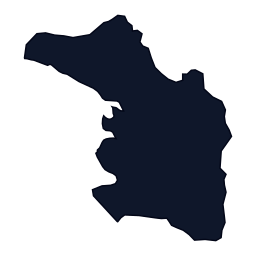 L'Artibonite, orthographic projection
{"feature_id": "HTI-1384", "entity_name": "L'Artibonite", "entity_type": "Department", "adm_level": 1, "iso_a3": "HTI", "parent_name": "Haiti", "parent_adm1": "", "projection": "orthographic", "projection_center": [-72.647, 19.338], "detail": "fine", "context": "isolated", "style": "filled", "palette": "ink", "viewbox_px": 256, "rotation_deg": 0, "n_neighbors": 0, "source": "natural_earth", "source_scale": "10m", "svg_char_len": 1648}
<svg xmlns="http://www.w3.org/2000/svg" viewBox="0 0 256 256"><path d="M117.7,221.7L117.1,221.4L93.5,195.8L92.5,189.7L102.0,185.9L110.6,185.3L115.4,183.7L117.5,180.2L116.1,175.7L112.9,173.4L108.8,171.8L105.1,169.6L102.7,166.6L97.3,157.0L95.9,153.2L97.4,152.1L97.6,151.7L97.3,151.2L97.5,149.9L99.7,147.9L102.2,142.4L103.7,140.2L106.1,139.0L109.7,138.3L113.3,138.1L116.0,138.6L112.7,132.1L110.4,130.8L105.9,130.4L103.3,128.4L102.4,123.7L102.7,118.8L103.7,115.8L105.1,117.3L107.0,118.6L109.1,119.3L111.4,118.9L113.8,117.1L114.0,115.4L113.2,113.4L112.8,107.9L112.2,106.9L112.8,107.1L116.0,107.7L117.1,108.4L118.7,109.7L120.8,110.9L123.6,110.9L119.3,102.3L117.1,101.0L105.4,100.2L102.5,98.1L100.5,94.9L97.6,91.3L93.4,88.2L79.1,81.6L67.2,74.2L62.9,73.2L59.2,71.4L51.3,64.7L49.8,64.3L47.6,65.3L33.7,60.1L31.4,59.8L27.0,58.7L24.7,58.5L24.5,57.8L26.3,44.8L36.9,33.7L45.6,32.9L54.6,35.1L63.9,35.9L73.0,37.6L89.9,34.7L103.9,22.7L108.6,21.5L112.3,19.3L117.8,15.4L124.6,16.3L127.3,22.1L131.9,25.7L132.5,31.0L137.4,30.4L142.0,33.8L139.9,41.9L142.7,46.0L148.2,48.3L151.2,57.8L155.0,67.5L161.2,73.6L168.0,79.1L176.0,82.4L182.7,80.3L182.7,74.1L187.2,74.2L191.3,70.3L195.2,69.9L198.5,71.6L202.8,73.8L203.9,88.9L212.6,97.0L221.6,101.4L225.4,109.9L224.3,116.5L225.3,123.3L229.1,130.0L231.5,136.4L221.2,151.0L220.0,168.2L226.0,174.3L223.9,179.3L224.4,185.1L226.0,192.2L222.9,204.3L224.3,216.2L225.0,222.5L221.9,230.2L221.1,237.6L215.8,240.6L205.1,239.4L194.5,240.1L189.2,234.6L183.2,230.2L177.2,227.8L171.6,225.3L169.3,221.7L166.9,218.2L161.3,218.5L156.0,217.9L139.0,215.5L124.7,214.9L120.9,217.7L117.7,221.7Z" fill="#0f172a" stroke="#020617" stroke-width="1.5"/></svg>